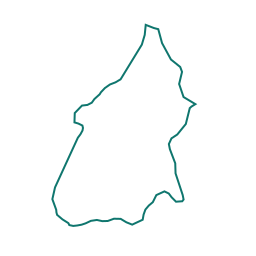 map outline of Çankiri (Robinson projection), rotated 98°
{"feature_id": "TUR-3009", "entity_name": "Çankiri", "entity_type": "Province", "adm_level": 1, "iso_a3": "TUR", "parent_name": "Turkey", "parent_adm1": "", "projection": "robinson", "projection_center": [33.484, 40.685], "detail": "fine", "context": "isolated", "style": "outline", "palette": "teal", "viewbox_px": 256, "rotation_deg": 98, "n_neighbors": 0, "source": "natural_earth", "source_scale": "10m", "svg_char_len": 1017}
<svg xmlns="http://www.w3.org/2000/svg" viewBox="0 0 256 256"><g transform="rotate(98 128 128)"><path d="M25.7,113.8L25.9,111.8L39.2,106.1L54.2,95.0L60.3,84.8L64.9,82.3L77.3,83.5L89.6,77.3L95.0,64.6L97.9,68.1L99.7,69.6L116.0,71.3L127.6,78.3L132.2,83.5L138.2,85.3L143.1,83.6L156.4,76.3L166.3,74.6L186.8,64.5L191.1,63.0L193.0,64.1L194.3,70.2L190.5,75.2L187.2,78.5L185.7,83.1L190.5,90.6L198.0,93.1L201.9,96.6L206.3,99.4L211.5,100.5L216.8,100.7L223.1,110.4L221.6,116.5L219.0,122.6L219.8,129.3L222.9,135.1L223.8,140.5L223.4,146.0L225.1,151.8L228.3,156.7L230.2,160.5L231.6,164.7L232.6,168.6L232.3,172.6L230.5,173.8L227.6,180.2L223.9,186.1L221.6,187.1L219.0,187.7L209.0,193.0L197.0,192.0L161.9,181.5L144.6,176.3L140.8,174.2L136.8,172.7L134.2,172.6L131.9,173.5L130.5,177.8L129.9,181.8L120.6,182.8L112.2,176.7L110.8,171.4L108.0,167.4L104.0,165.3L98.5,160.7L96.4,159.8L91.6,156.4L87.4,151.9L84.5,146.7L80.8,142.1L43.5,125.9L33.5,124.4L23.4,124.8L25.4,116.3L25.7,113.8Z" fill="none" stroke="#0f766e" stroke-width="2"/></g></svg>